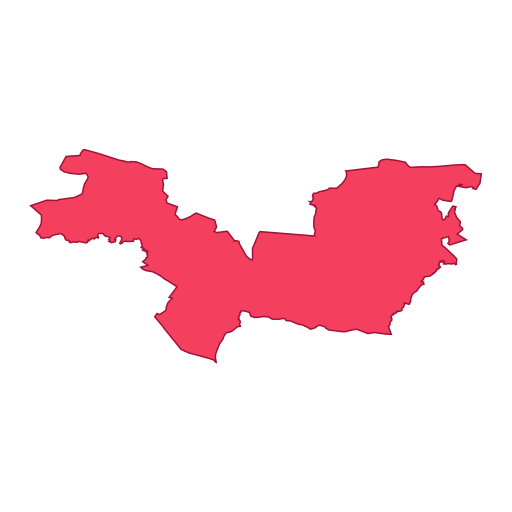 outline of Šķēdes pag., Saldus, Latvia
{"feature_id": "27541924B42319814490373", "entity_name": "Šķēdes pag.", "entity_type": "district", "adm_level": 2, "iso_a3": "LVA", "parent_name": "Latvia", "parent_adm1": "Saldus", "projection": "natural_earth1", "projection_center": [22.385, 56.877], "detail": "fine", "context": "isolated", "style": "filled", "palette": "rose", "viewbox_px": 512, "rotation_deg": 0, "n_neighbors": 0, "source": "geoboundaries", "source_scale": "gbopen_adm2", "svg_char_len": 6041}
<svg xmlns="http://www.w3.org/2000/svg" viewBox="0 0 512 512"><path d="M345.7,171.0L346.2,171.7L346.6,173.6L346.5,176.4L344.9,179.9L341.9,183.7L336.5,188.3L329.6,188.1L327.2,189.9L318.9,191.9L317.0,193.1L313.6,193.3L313.2,193.9L312.5,195.6L313.2,198.4L312.4,200.7L310.8,201.9L309.7,201.7L310.6,202.6L310.3,203.3L310.6,203.9L310.2,204.2L311.1,204.7L311.8,204.5L312.7,204.9L313.1,205.4L314.7,205.2L314.9,205.4L314.6,205.5L315.0,206.0L314.8,206.3L315.3,206.4L315.2,206.8L315.5,206.8L316.4,207.7L316.2,207.9L316.7,208.6L316.3,209.0L315.6,213.7L314.3,216.8L313.9,219.5L313.8,226.6L315.3,231.3L314.4,234.5L314.8,236.0L260.1,231.6L259.1,232.7L252.5,248.5L252.6,259.2L252.2,260.0L249.5,258.8L246.5,256.3L239.3,243.6L239.0,241.4L237.3,240.9L235.1,240.7L234.0,241.0L234.2,240.3L227.2,231.2L216.4,232.6L215.0,231.6L214.2,231.4L216.6,227.0L214.7,220.0L208.9,218.2L196.3,213.1L195.1,213.5L190.7,216.4L184.7,219.1L181.9,219.8L179.2,219.2L177.3,216.4L175.3,214.9L175.6,212.4L177.5,206.8L166.9,203.0L166.1,199.6L168.0,196.3L162.6,191.1L163.5,184.7L162.6,180.2L163.0,178.7L167.1,178.4L166.5,171.7L163.1,169.1L152.4,168.7L148.1,167.1L140.2,163.3L136.0,161.8L130.7,161.6L128.1,162.2L123.6,160.9L119.3,160.2L100.1,154.0L84.8,149.7L83.0,150.0L80.4,153.7L80.0,155.5L66.1,156.4L60.0,167.4L60.4,169.5L61.5,169.9L64.0,171.7L69.9,173.3L78.8,174.2L86.1,173.4L87.9,176.1L88.0,178.0L84.6,183.8L83.1,189.0L82.9,191.1L82.2,193.9L74.4,197.5L58.7,199.6L57.3,200.5L46.8,200.2L30.7,205.7L41.4,215.1L41.5,220.2L41.1,223.7L38.9,228.2L36.1,232.4L36.9,233.6L38.1,233.7L38.4,234.7L39.6,234.9L40.6,237.4L41.1,238.0L44.1,238.1L46.0,237.5L49.5,237.8L50.2,236.9L51.4,236.4L52.4,235.3L60.4,233.7L62.2,234.1L63.0,235.3L64.6,236.1L64.7,237.8L65.4,238.9L65.5,239.7L66.9,240.3L68.4,240.2L69.6,241.1L69.1,241.8L69.8,242.6L71.8,242.5L72.6,242.0L77.3,242.2L79.2,241.5L85.9,242.9L87.3,242.5L87.4,241.7L87.7,241.2L88.8,241.0L88.9,240.8L88.1,240.4L88.1,240.0L90.1,240.0L91.2,239.0L92.8,238.4L93.5,238.4L94.3,239.0L95.4,237.8L96.3,237.4L96.8,237.3L98.0,238.1L98.3,237.9L98.6,237.3L97.8,235.9L97.7,235.0L98.0,234.2L99.1,233.4L102.8,233.5L103.3,233.7L103.6,234.5L104.6,235.4L105.5,235.5L105.6,235.8L105.4,236.1L105.8,236.4L106.7,236.3L109.8,237.3L110.1,237.7L110.0,238.2L108.7,239.7L109.9,241.1L109.1,241.5L111.4,242.6L115.2,241.7L115.4,241.2L115.2,240.3L115.9,239.9L114.8,239.1L114.9,238.4L116.2,237.6L117.2,236.3L118.1,235.9L120.6,236.3L121.6,237.1L121.5,240.1L119.9,242.8L119.8,243.3L120.4,243.8L121.5,243.5L123.3,241.8L124.3,241.3L129.5,241.5L133.5,241.2L133.6,239.0L134.0,238.7L136.6,239.4L138.0,238.5L139.6,239.1L141.3,241.4L141.1,243.1L142.2,243.9L142.2,244.4L141.9,244.9L142.1,245.7L141.1,247.5L141.6,247.9L142.5,247.5L143.9,248.6L143.1,249.0L142.5,250.0L143.2,250.6L144.6,250.3L144.3,250.7L144.8,251.0L145.8,250.5L147.0,250.7L146.3,251.4L146.7,251.7L146.5,251.9L147.6,252.1L147.8,252.8L147.0,253.1L147.0,254.7L147.7,255.7L147.2,257.5L146.2,257.6L145.8,258.4L145.9,259.0L142.7,261.7L147.9,265.4L140.7,267.2L143.2,269.4L146.1,270.6L152.5,271.7L156.6,273.6L161.7,276.7L164.1,278.7L168.9,281.5L177.0,286.8L169.1,297.4L172.3,298.2L168.0,302.6L166.2,307.4L166.2,309.5L164.8,311.2L159.6,314.5L157.0,313.5L154.7,316.7L163.5,327.2L163.4,327.5L181.2,349.5L188.8,352.9L209.7,358.6L214.2,360.2L215.2,361.9L216.2,362.3L215.4,358.0L215.5,354.8L216.3,352.0L219.5,343.9L222.9,339.0L224.0,336.1L226.1,332.8L230.0,332.0L232.5,330.8L237.3,326.8L240.4,326.3L239.5,324.2L240.3,322.2L240.0,320.8L239.3,319.8L238.5,319.7L238.2,319.2L238.9,318.7L238.6,318.3L238.6,317.4L238.9,317.3L238.8,316.8L239.2,315.9L239.8,315.1L240.0,314.4L239.5,313.3L240.8,312.5L240.7,311.4L242.3,310.7L245.6,311.2L249.5,312.5L250.6,315.7L251.2,316.5L252.1,316.6L251.8,316.8L252.6,316.7L255.1,317.6L263.4,316.6L266.7,316.7L268.7,317.0L272.3,319.2L278.7,319.2L284.1,318.4L285.0,318.9L286.1,320.6L290.8,321.0L297.6,324.0L303.2,325.1L304.6,326.0L308.4,327.6L309.2,328.7L310.9,329.1L314.7,328.0L318.3,325.4L320.5,325.4L325.3,327.1L325.8,328.2L328.9,330.0L340.8,331.5L344.8,331.8L352.0,330.0L356.6,329.2L368.0,333.6L374.3,332.5L384.9,334.0L391.3,334.3L388.5,326.7L390.0,324.5L390.1,322.2L391.8,320.1L391.7,318.0L390.6,316.8L392.3,314.9L393.5,314.8L393.6,314.4L393.2,313.7L393.3,313.5L395.6,313.3L397.0,312.0L396.5,311.6L396.5,311.3L399.8,311.3L401.7,310.5L402.0,309.9L401.8,308.7L403.2,307.3L404.0,306.0L404.4,304.5L404.1,303.0L409.2,304.3L410.6,301.5L410.9,298.2L412.4,294.3L414.6,292.3L417.0,290.8L418.9,287.8L421.6,284.9L424.0,284.1L423.5,283.2L423.6,282.0L421.4,281.8L421.2,281.2L422.2,280.6L423.7,278.8L423.9,277.4L425.5,276.6L428.3,276.4L430.6,275.7L432.6,274.3L433.0,273.6L433.8,273.3L433.5,272.9L433.7,272.7L434.9,272.3L435.5,271.5L436.6,270.7L436.7,270.2L436.3,269.5L437.6,269.0L437.9,268.5L438.4,268.9L440.2,267.3L440.4,267.0L440.2,266.7L438.9,265.9L438.6,265.3L439.2,264.6L439.1,263.1L439.7,262.2L440.5,262.1L439.8,261.5L440.2,261.2L441.4,261.0L442.0,261.4L442.1,261.0L441.7,260.8L442.2,260.6L444.3,260.9L444.6,261.9L443.3,262.8L444.2,263.4L443.9,264.0L446.8,264.0L448.1,263.5L449.8,263.9L452.1,264.0L453.1,263.4L453.8,263.3L455.8,264.7L456.4,264.3L456.2,263.4L456.8,259.1L454.0,256.0L445.1,247.6L441.9,245.2L441.8,242.0L441.4,240.5L441.6,238.7L448.3,236.6L449.0,238.5L449.1,241.6L447.9,243.4L449.6,245.0L466.2,239.8L457.2,234.1L462.6,229.7L462.6,228.3L459.6,225.7L460.5,221.9L456.5,217.2L454.5,212.0L455.2,209.7L454.7,209.5L456.0,206.8L452.8,206.1L448.3,213.1L448.5,216.6L446.4,216.1L444.6,219.5L443.1,219.8L442.1,219.1L441.5,212.9L440.3,211.6L438.8,210.9L437.8,209.8L436.9,206.3L435.9,205.0L434.7,204.5L437.4,201.2L439.0,198.4L441.1,199.2L442.6,200.2L450.6,201.4L451.5,201.3L453.5,193.7L453.8,191.7L455.0,188.8L456.7,185.9L458.1,186.2L459.8,184.2L461.8,184.5L459.4,186.5L465.9,187.7L471.2,186.6L472.3,186.9L473.3,187.8L472.9,188.5L476.0,189.4L480.0,183.1L481.3,174.3L481.3,173.8L474.9,173.3L465.4,164.9L463.8,164.6L453.3,165.1L439.2,166.4L428.7,166.9L420.8,166.8L410.2,167.4L407.6,165.3L405.3,162.2L395.9,160.3L386.6,159.2L382.3,159.8L379.2,161.6L378.2,167.1L345.7,171.0Z" fill="#f43f5e" stroke="#9f1239" stroke-width="1.5"/></svg>